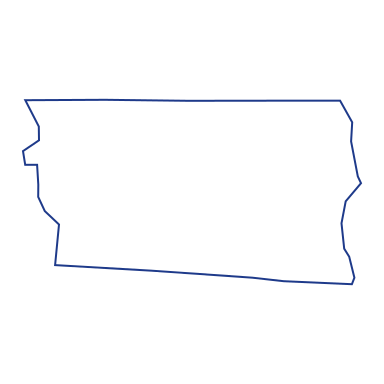 outline of Chester, South Carolina, United States of America
{"feature_id": "52423323B83893074042223", "entity_name": "Chester", "entity_type": "district", "adm_level": 2, "iso_a3": "USA", "parent_name": "United States of America", "parent_adm1": "South Carolina", "projection": "orthographic", "projection_center": [-81.171, 34.683], "detail": "fine", "context": "isolated", "style": "outline", "palette": "blue", "viewbox_px": 384, "rotation_deg": 0, "n_neighbors": 0, "source": "geoboundaries", "source_scale": "gbopen_adm2", "svg_char_len": 462}
<svg xmlns="http://www.w3.org/2000/svg" viewBox="0 0 384 384"><path d="M55.1,265.1L151.8,270.7L252.5,277.7L283.7,281.2L351.9,284.2L354.4,277.7L349.2,256.7L344.2,248.7L341.5,223.3L345.7,201.3L361.0,183.2L357.8,176.4L351.1,141.4L352.2,122.3L340.1,100.7L267.0,100.7L188.1,100.8L105.1,99.8L25.3,100.2L38.8,126.5L39.0,140.3L23.0,151.1L25.2,164.8L37.1,164.8L38.3,184.7L38.2,196.9L44.8,211.1L59.0,224.5L55.1,265.1Z" fill="none" stroke="#1e3a8a" stroke-width="2"/></svg>